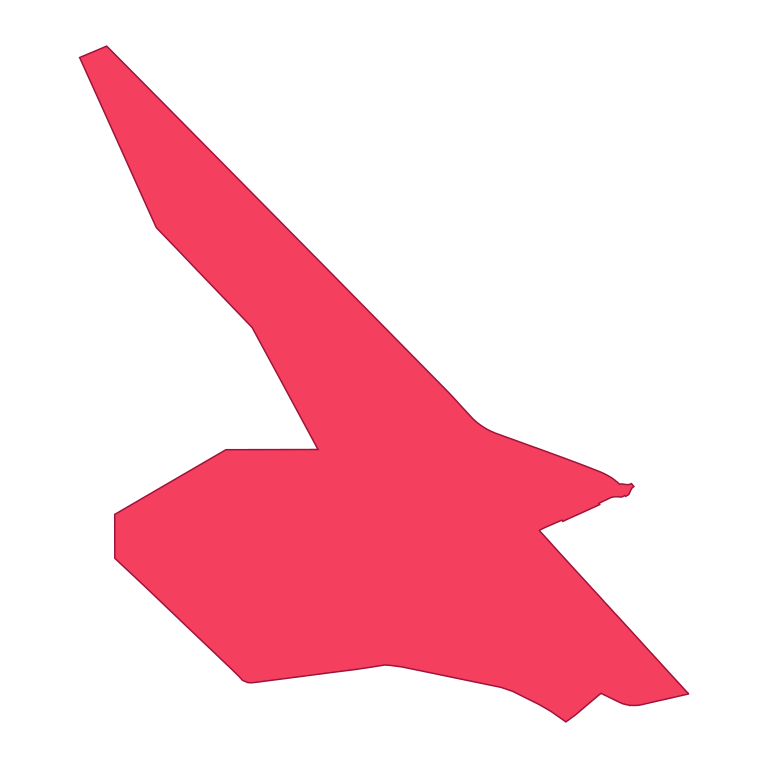 Almere, Flevoland, Netherlands (Equal Earth projection)
{"feature_id": "6326949B15537896627734", "entity_name": "Almere", "entity_type": "district", "adm_level": 2, "iso_a3": "NLD", "parent_name": "Netherlands", "parent_adm1": "Flevoland", "projection": "equal_earth", "projection_center": [5.3, 52.443], "detail": "fine", "context": "isolated", "style": "filled", "palette": "rose", "viewbox_px": 768, "rotation_deg": 0, "n_neighbors": 0, "source": "geoboundaries", "source_scale": "gbopen_adm2", "svg_char_len": 3897}
<svg xmlns="http://www.w3.org/2000/svg" viewBox="0 0 768 768"><path d="M565.9,721.9L569.5,719.3L569.8,719.1L570.9,718.2L571.1,718.1L571.6,717.7L575.6,714.8L581.0,710.2L589.6,702.9L599.4,694.6L599.5,694.6L599.9,694.2L600.0,694.2L600.6,693.7L600.8,693.5L601.0,693.3L604.8,695.2L606.4,695.9L608.0,696.7L608.1,696.8L616.3,700.8L618.0,701.6L619.7,702.4L621.4,703.2L622.8,703.8L625.1,704.3L626.7,704.8L626.9,704.8L627.6,704.9L627.8,704.9L629.0,705.1L629.7,705.6L629.9,705.6L630.6,705.3L632.0,705.4L633.5,705.5L635.4,705.4L636.4,705.4L637.9,705.3L639.0,705.2L640.2,705.0L641.2,704.8L642.5,704.5L654.6,701.7L688.4,694.0L688.0,692.9L687.9,692.9L687.7,692.8L687.6,692.7L687.2,692.3L683.2,688.0L683.0,687.7L682.6,687.4L682.4,687.1L665.9,669.1L665.7,668.9L657.6,660.0L649.5,651.2L641.4,642.3L640.7,641.5L634.1,634.3L633.4,633.5L617.2,615.8L614.5,613.0L612.7,611.0L610.5,608.5L609.6,607.6L609.1,607.0L609.0,606.9L608.9,606.8L608.4,606.2L608.2,606.1L608.0,605.8L604.7,602.3L603.6,601.0L600.7,597.8L592.6,589.0L592.5,588.9L584.2,579.8L575.9,570.8L568.8,563.0L559.3,552.6L552.5,545.1L552.1,544.6L549.7,541.9L549.2,541.4L548.7,540.9L548.6,540.7L548.1,540.2L547.9,539.9L545.4,537.2L539.3,530.5L539.3,530.4L539.9,530.1L541.3,529.3L542.8,528.6L544.2,527.9L546.0,527.1L547.5,526.4L549.0,525.8L551.7,524.6L554.0,523.6L556.9,522.3L559.8,521.1L561.4,520.3L561.5,520.3L561.7,520.2L561.8,520.2L562.5,521.1L562.7,521.4L563.5,521.0L564.7,520.5L564.8,520.5L564.8,520.4L565.2,520.3L565.4,520.2L566.6,519.6L574.0,516.2L574.3,516.1L574.6,516.0L575.2,515.7L576.2,515.3L599.2,504.8L599.8,504.5L599.8,504.4L599.4,504.0L598.9,503.4L601.4,502.1L601.5,502.1L603.0,501.3L603.4,501.1L605.9,500.0L608.6,498.7L610.7,497.7L612.1,497.2L613.6,496.9L615.3,496.8L617.7,496.8L619.9,497.0L620.8,497.0L621.7,497.0L622.6,496.7L624.6,495.6L625.5,496.4L627.2,495.5L627.4,495.4L628.1,495.0L628.5,494.7L629.0,494.2L629.3,493.5L630.4,491.0L631.4,489.1L631.6,488.8L631.8,488.4L632.0,488.1L632.5,487.6L633.4,486.9L633.9,486.6L631.5,483.6L630.4,484.1L629.6,484.3L628.8,484.5L628.0,484.6L627.5,484.6L626.8,484.6L624.3,484.3L622.7,484.0L621.6,483.9L621.4,484.0L620.4,484.1L619.8,484.3L619.7,484.3L619.3,483.9L618.4,483.1L617.5,482.3L616.5,481.5L615.5,480.7L615.2,480.4L614.5,479.9L613.5,479.2L613.2,478.9L612.9,478.7L612.5,478.4L611.4,477.7L610.3,477.0L609.2,476.4L608.1,475.7L607.0,475.1L605.8,474.5L604.7,473.9L603.5,473.3L602.3,472.8L601.5,472.4L600.3,471.9L599.0,471.4L597.8,470.9L596.5,470.4L593.8,469.4L589.2,467.5L588.5,467.3L587.6,466.9L581.3,464.5L576.8,462.8L576.1,462.5L575.0,462.1L573.8,461.7L573.3,461.5L572.2,461.1L571.7,460.9L570.6,460.5L568.7,459.8L562.3,457.4L556.0,455.1L549.7,452.8L535.5,447.6L535.4,447.6L534.7,447.4L503.0,435.9L501.8,435.5L501.3,435.3L500.6,435.0L497.4,433.9L496.8,433.6L495.5,433.2L494.3,432.7L493.1,432.1L491.8,431.6L490.6,431.1L489.5,430.5L488.3,429.9L487.1,429.3L486.0,428.6L484.9,428.0L483.8,427.3L482.7,426.6L481.8,426.0L480.6,425.2L479.6,424.4L478.6,423.7L477.6,422.9L476.6,422.1L475.7,421.3L474.8,420.5L473.8,419.6L473.0,418.8L472.2,418.0L471.3,417.1L467.1,412.5L466.8,412.2L458.7,403.4L458.0,402.6L457.5,402.1L457.3,401.8L449.5,393.4L432.9,376.5L324.1,266.0L260.3,201.4L164.7,104.6L106.7,46.1L79.6,57.5L101.0,104.8L117.0,140.3L144.6,201.7L156.3,227.6L168.4,240.2L179.7,251.9L183.1,255.5L193.4,266.3L252.2,327.6L258.6,339.5L280.6,380.1L309.3,433.3L311.6,437.6L318.0,449.5L225.9,449.7L114.7,514.4L114.8,558.3L145.1,586.7L185.3,625.1L220.5,658.6L226.7,664.5L227.6,665.4L227.8,665.5L228.6,666.3L232.0,669.6L235.2,672.7L238.4,675.8L242.5,680.3L247.8,682.6L252.1,682.8L281.7,679.0L327.7,673.0L355.5,669.5L370.3,667.3L384.6,665.0L390.6,665.4L392.6,665.7L401.7,666.9L416.9,670.0L418.4,670.3L459.4,678.8L464.3,679.8L496.8,686.5L500.8,687.3L512.8,691.4L531.6,700.8L538.9,704.4L544.6,707.7L547.2,709.2L547.3,709.3L550.8,711.3L562.5,719.5L563.5,720.2L565.9,721.9Z" fill="#f43f5e" stroke="#9f1239" stroke-width="1.5"/></svg>